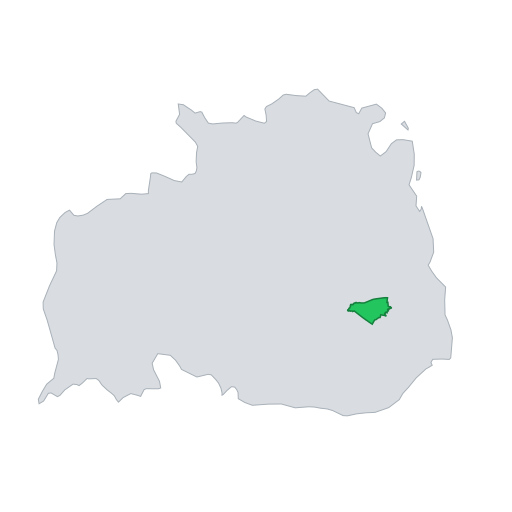 Sangkae, Batdâmbâng, Cambodia shown in context, rotated 187°
{"feature_id": "14789045B70272828773622", "entity_name": "Sangkae", "entity_type": "district", "adm_level": 2, "iso_a3": "KHM", "parent_name": "Cambodia", "parent_adm1": "Batdâmbâng", "projection": "orthographic", "projection_center": [103.435, 13.068], "detail": "fine", "context": "in_parent", "style": "filled", "palette": "green", "viewbox_px": 512, "rotation_deg": 187, "n_neighbors": 0, "source": "geoboundaries", "source_scale": "gbopen_adm2", "svg_char_len": 6531}
<svg xmlns="http://www.w3.org/2000/svg" viewBox="0 0 512 512"><g transform="rotate(187 256 256)"><path d="M453.3,82.9L454.6,87.3L451.5,95.7L448.1,103.3L441.8,110.0L441.5,114.9L439.5,129.4L440.5,134.0L442.0,138.0L444.2,140.1L450.1,154.2L455.5,167.0L460.7,177.6L461.7,184.3L457.3,201.3L452.1,217.0L452.7,224.8L455.2,232.6L457.9,242.9L459.0,256.2L457.8,264.9L455.4,270.3L450.8,275.9L446.7,278.8L441.7,274.2L437.7,274.0L432.5,275.5L428.4,277.8L420.0,286.0L410.7,294.0L397.8,296.2L392.8,302.1L387.4,303.0L377.1,303.4L370.4,304.8L370.8,307.8L370.4,321.7L370.5,324.9L369.5,325.8L364.9,326.3L357.0,324.2L346.3,320.9L338.7,320.4L334.8,326.5L332.5,328.9L329.6,329.3L326.6,330.4L325.6,333.1L325.4,336.5L326.9,342.2L327.6,351.4L327.2,357.7L330.0,361.6L346.5,374.7L351.3,378.0L351.9,380.0L349.1,387.3L351.7,397.4L346.6,397.3L338.0,393.0L333.9,390.4L329.0,392.5L327.3,392.2L323.9,387.2L319.5,382.1L315.0,381.8L305.5,383.9L295.8,385.4L292.1,385.4L290.6,386.3L285.0,394.0L282.6,392.7L272.7,389.9L263.8,388.8L261.9,390.8L263.1,397.0L265.1,403.0L263.9,405.6L259.0,408.8L252.5,414.6L248.6,419.1L245.8,420.2L235.9,420.1L226.0,420.7L222.1,424.9L218.4,428.2L215.2,429.1L202.3,418.7L176.7,415.2L173.9,410.6L171.4,409.7L169.0,415.7L155.0,421.4L149.1,418.0L144.8,413.8L145.4,408.7L149.5,404.5L156.5,401.5L159.7,390.9L154.4,377.4L149.7,373.5L144.8,370.4L139.6,375.4L135.3,384.0L130.7,388.4L124.3,389.4L114.9,389.0L111.3,376.2L110.1,365.2L111.4,352.7L112.8,345.3L103.8,335.0L103.3,325.2L99.0,320.2L97.7,322.7L97.8,325.5L96.6,323.5L82.4,294.8L80.1,281.5L82.5,271.3L84.0,267.9L79.9,262.5L74.2,256.3L64.0,248.3L63.4,235.6L61.2,220.6L58.1,215.6L53.5,206.4L51.1,198.7L50.3,178.6L51.6,176.9L58.8,176.4L68.0,175.0L69.4,171.7L67.8,169.0L73.7,164.5L82.2,154.5L88.8,144.0L93.5,137.5L96.3,130.9L105.8,121.7L118.8,115.3L127.7,113.8L136.9,111.6L145.8,108.5L150.0,108.2L160.9,111.9L166.9,112.9L173.1,112.8L179.6,113.2L185.2,112.8L198.6,110.1L212.9,112.2L225.6,110.5L241.4,107.4L249.1,109.2L256.2,112.2L257.2,118.4L258.9,121.1L261.2,123.3L264.4,123.3L268.4,119.0L271.7,114.5L272.8,113.7L273.0,115.9L274.7,120.6L277.7,125.3L280.8,128.4L285.9,132.6L289.2,132.7L299.9,128.7L316.1,134.3L318.0,137.1L323.3,142.9L329.0,147.0L341.6,147.1L346.0,136.9L343.8,130.6L336.5,119.8L334.5,113.4L336.7,112.3L348.9,110.9L350.8,109.7L353.4,102.6L356.7,103.3L363.5,104.2L370.6,99.3L374.7,94.2L377.0,96.4L379.6,100.0L382.4,102.0L387.5,105.0L393.2,109.2L396.8,113.3L399.7,114.9L406.9,113.7L408.8,113.8L412.9,108.7L415.8,105.8L418.3,106.6L422.0,106.5L429.4,99.9L433.6,93.8L435.9,92.2L442.7,95.1L445.4,94.4L449.1,86.2L453.3,82.9ZM106.5,359.3L105.1,360.1L103.8,360.0L102.4,358.9L102.6,354.2L103.6,351.4L105.9,350.9L106.5,359.3ZM127.9,404.7L125.0,407.8L120.4,401.4L120.5,399.6L127.9,404.7Z" fill="#d9dde1" stroke="#a8b0b8" stroke-width="1"/><path d="M120.4,230.6L122.4,230.4L122.8,230.3L123.0,230.3L123.7,230.1L124.0,230.1L124.3,230.0L124.8,229.9L131.3,228.2L134.0,227.4L135.2,226.9L139.9,224.2L141.9,223.1L142.8,222.6L143.7,222.5L144.1,222.4L144.5,222.4L145.1,222.3L145.8,222.2L146.0,222.2L146.3,222.2L146.5,222.2L146.9,222.3L147.1,222.3L147.5,222.3L147.9,222.3L148.0,222.3L148.2,222.1L148.4,222.1L148.8,221.9L149.0,221.8L149.4,221.9L149.5,221.9L149.8,221.8L150.1,221.8L150.3,221.8L150.5,221.8L150.9,222.0L151.0,222.1L151.5,221.8L151.6,221.7L151.8,221.5L151.8,221.4L152.0,221.4L152.3,221.3L152.5,221.4L152.9,221.2L153.0,221.1L153.1,220.9L153.1,220.7L153.3,220.5L153.3,220.4L153.4,220.2L153.6,219.8L153.8,219.9L154.0,219.9L154.1,219.7L154.3,219.5L154.3,219.4L154.5,219.3L154.8,219.3L154.8,219.5L155.1,219.6L155.4,219.4L155.5,219.3L155.8,219.5L156.0,219.5L156.1,219.4L156.2,219.2L156.1,218.7L156.3,218.4L156.3,218.2L156.3,217.9L156.3,217.5L156.2,217.4L156.3,217.3L156.3,217.1L156.3,216.9L156.4,216.6L156.4,216.4L156.5,216.3L156.5,216.2L156.6,215.9L156.8,215.7L157.1,215.7L157.2,215.3L157.3,215.3L157.4,215.1L157.5,214.9L157.6,214.5L157.6,214.4L157.9,214.1L158.0,213.9L158.3,213.8L158.3,213.7L158.2,213.6L158.1,213.4L158.3,213.3L158.4,213.5L158.4,213.4L158.4,213.2L158.3,212.9L157.8,212.8L157.7,212.9L157.6,213.0L157.4,212.9L157.3,212.7L157.1,212.8L156.9,212.8L156.7,212.9L156.6,213.1L156.4,213.1L156.2,213.1L156.1,212.9L155.7,212.7L155.4,212.8L155.2,212.9L155.1,213.0L154.8,213.0L154.3,213.0L154.1,213.1L153.4,213.0L153.4,212.9L153.3,212.7L153.1,212.8L152.9,212.9L152.8,213.0L152.6,213.0L152.2,213.2L151.8,213.4L141.9,207.5L141.0,207.0L140.2,206.6L139.7,206.3L139.4,206.1L139.0,205.9L138.6,205.7L138.3,205.6L137.7,205.3L137.5,205.2L136.5,204.6L135.1,203.9L134.7,203.7L134.4,203.5L134.0,203.3L133.8,203.2L133.4,203.0L133.1,202.9L132.5,202.6L132.3,202.5L132.2,202.8L131.8,203.7L131.7,204.1L131.3,204.9L131.2,205.2L131.0,205.6L130.8,206.2L130.5,206.8L130.4,206.9L130.3,207.1L130.0,207.2L129.9,207.2L129.6,207.3L129.2,207.4L129.0,207.6L128.6,208.0L128.3,208.3L128.1,208.5L127.8,208.7L127.3,209.2L127.1,209.4L126.9,209.7L126.8,209.8L126.5,209.9L126.2,209.9L125.5,210.0L125.4,210.3L125.2,210.5L125.1,210.9L125.1,211.2L125.1,211.6L125.1,211.9L125.1,212.4L125.1,212.5L124.9,212.7L124.9,212.9L124.5,212.8L124.3,212.9L123.7,212.8L123.0,212.7L122.9,212.7L122.7,212.7L122.4,212.7L121.7,212.7L121.4,212.7L121.0,212.6L120.9,212.6L120.6,212.5L120.3,212.4L119.9,212.3L119.8,212.6L120.0,212.7L120.0,213.0L120.4,213.2L120.6,213.3L120.9,213.3L120.9,213.5L121.1,213.4L121.1,213.6L121.0,213.8L120.8,213.8L120.8,214.1L121.0,214.0L121.2,214.3L120.8,214.5L120.7,215.1L120.9,215.2L120.8,215.4L120.6,215.4L120.6,215.5L119.9,215.6L120.0,216.1L119.9,216.1L119.7,215.8L119.6,215.7L119.0,215.6L119.0,215.8L119.0,216.1L119.0,216.3L119.1,216.5L118.9,216.9L118.6,216.9L118.5,217.0L118.5,217.3L118.5,217.5L118.4,217.6L118.2,217.7L118.3,217.8L118.4,218.0L118.5,218.0L118.6,218.4L118.6,218.5L118.8,218.6L118.9,218.8L118.8,219.0L118.7,218.9L118.5,218.7L118.4,218.6L118.2,218.6L118.1,218.8L117.8,218.9L117.8,219.0L118.0,219.1L118.1,219.3L118.0,219.6L117.9,219.8L117.7,219.9L117.5,219.7L117.4,219.7L117.4,219.9L117.1,219.9L116.9,219.9L116.8,220.0L116.6,220.2L116.6,220.3L116.6,220.6L116.7,220.8L116.6,221.0L116.4,221.2L116.2,221.1L116.3,220.8L116.2,220.7L115.9,220.5L115.7,220.6L115.8,220.7L115.9,220.8L116.0,220.9L116.0,221.0L115.9,221.1L115.6,221.0L115.5,221.3L115.8,221.4L116.0,221.4L116.1,221.5L116.3,221.7L116.4,222.0L116.5,222.0L116.8,222.0L117.1,222.0L117.5,222.0L118.0,222.0L118.5,222.1L118.7,222.3L118.9,223.4L119.0,224.0L119.2,224.7L119.2,224.8L119.3,225.5L119.4,225.8L119.4,226.0L119.5,226.2L120.4,225.9L120.4,226.0L120.4,227.4L120.4,227.8L120.4,229.1L120.4,230.6Z" fill="#22c55e" stroke="#15803d" stroke-width="1.5"/></g></svg>